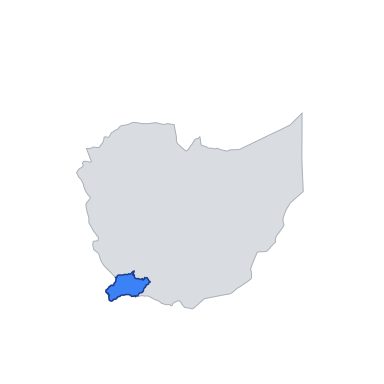 Ethiopia, with Gambela Peoples highlighted, rotated 317°
{"feature_id": "ETH-3130", "entity_name": "Gambela Peoples", "entity_type": "Administrative State", "adm_level": 1, "iso_a3": "ETH", "parent_name": "Ethiopia", "parent_adm1": "", "projection": "orthographic", "projection_center": [34.092, 7.81], "detail": "fine", "context": "in_parent", "style": "filled", "palette": "blue", "viewbox_px": 384, "rotation_deg": 317, "n_neighbors": 0, "source": "natural_earth", "source_scale": "10m", "svg_char_len": 6487}
<svg xmlns="http://www.w3.org/2000/svg" viewBox="0 0 384 384"><g transform="rotate(317 192 192)"><path d="M99.0,259.2L98.7,258.8L97.1,257.6L95.6,255.9L94.7,254.0L93.8,252.5L93.4,249.1L92.3,247.0L91.2,244.5L89.5,239.6L88.8,237.9L87.5,236.8L86.2,235.7L84.7,233.5L81.0,231.6L79.6,230.1L77.1,227.6L76.5,226.3L76.3,225.0L75.6,223.7L74.2,222.4L69.9,219.4L68.7,219.1L67.2,218.8L65.0,218.5L61.9,217.8L59.3,216.6L58.1,215.8L57.8,215.2L58.1,214.3L59.1,212.7L60.9,208.8L62.1,206.2L63.0,205.4L65.3,205.2L67.7,205.3L69.5,205.5L72.1,205.5L75.1,205.3L76.3,204.4L77.3,203.5L77.7,202.8L77.8,201.1L77.8,199.7L77.6,194.4L77.5,191.2L77.4,187.5L77.4,186.7L77.4,185.8L78.1,181.8L78.8,179.6L79.3,178.4L81.2,174.6L81.6,173.4L81.6,172.3L80.9,167.3L82.1,164.9L83.7,162.5L85.1,161.5L86.2,160.8L86.8,161.1L88.1,162.2L89.8,163.3L90.6,163.0L91.8,162.1L92.7,161.1L92.6,159.3L93.3,155.7L93.2,153.6L94.0,151.0L94.9,147.3L95.3,145.0L95.9,143.8L98.4,141.2L100.5,137.6L101.8,134.9L104.4,130.6L105.7,129.0L106.8,128.3L108.4,127.9L111.4,127.5L113.5,127.1L113.8,126.6L114.0,125.7L114.0,123.8L114.4,120.4L115.3,117.2L116.4,114.8L116.9,113.6L117.6,112.6L118.4,110.7L119.4,106.8L119.3,104.2L120.7,99.3L121.0,99.2L123.4,98.3L125.7,98.2L128.0,98.8L129.5,98.9L130.2,98.6L130.8,97.8L131.4,96.5L132.3,95.8L133.6,95.6L135.3,97.1L138.1,101.0L138.8,101.2L139.2,101.1L140.5,97.9L141.5,95.5L143.4,90.9L144.5,88.3L145.6,89.0L146.6,90.4L147.8,91.0L149.1,91.3L149.7,91.4L150.5,91.9L153.3,95.1L154.3,95.9L155.6,95.9L161.0,94.8L164.2,92.9L164.7,92.1L165.6,92.1L166.7,93.0L167.1,93.8L167.8,94.8L169.1,95.0L172.1,94.2L173.6,93.7L174.9,94.1L176.6,94.3L177.6,94.3L180.1,95.4L183.0,95.0L184.4,95.0L185.8,95.4L188.2,97.1L191.3,99.1L195.6,100.5L196.5,101.1L198.7,103.4L202.0,107.8L206.4,112.0L211.1,115.3L213.7,117.6L215.4,120.5L217.1,123.1L218.8,124.2L220.4,125.0L222.1,127.0L223.3,128.6L224.9,130.5L223.2,133.1L221.0,136.6L218.4,140.7L217.6,141.7L215.3,144.2L214.9,144.9L214.5,146.7L214.6,149.9L215.0,154.0L215.4,157.8L216.7,158.2L218.2,158.4L219.9,157.9L221.9,157.4L224.4,157.1L227.2,156.3L228.8,155.7L230.5,155.7L232.1,156.3L232.8,156.9L233.9,157.1L235.3,157.0L235.0,157.7L234.3,158.8L233.4,159.9L232.6,161.0L230.8,164.0L230.8,164.4L231.0,165.0L232.1,166.3L233.2,168.6L233.8,170.6L234.3,171.6L235.6,172.7L237.5,175.0L238.5,176.5L240.5,177.3L241.2,179.3L242.8,182.2L244.5,184.5L246.1,186.4L247.8,187.0L248.6,187.1L252.3,190.4L255.2,192.9L255.9,193.3L261.0,194.9L266.8,196.7L271.5,198.1L277.4,200.0L283.3,201.8L288.8,203.5L296.5,206.0L302.8,207.9L307.7,209.4L308.7,209.9L326.3,209.4L322.1,213.8L317.4,218.9L312.4,224.2L309.1,227.7L304.0,233.1L299.7,237.6L295.2,242.5L291.2,247.0L286.0,253.1L282.6,257.1L277.2,263.4L273.9,267.3L273.3,267.5L268.4,267.3L263.6,267.2L257.5,267.0L256.8,267.0L255.0,267.4L254.0,267.8L249.6,268.9L248.8,269.2L245.1,270.9L241.4,272.9L239.4,274.4L237.9,276.6L237.3,278.2L236.6,278.9L235.5,279.5L227.6,281.1L225.3,281.3L221.7,282.6L219.7,284.5L219.2,285.5L216.5,285.5L211.9,285.9L209.9,286.3L209.0,286.3L207.2,286.4L205.7,286.0L204.8,285.5L203.5,284.3L200.8,282.0L198.9,280.5L194.6,282.3L190.8,284.1L185.3,286.6L182.2,288.4L181.3,290.2L178.9,293.4L176.8,295.5L176.0,295.7L171.1,295.4L169.3,295.0L166.4,294.6L162.5,294.0L159.9,293.3L157.0,293.2L152.9,293.0L150.4,292.5L147.8,290.7L144.5,288.6L141.0,286.4L137.5,284.2L133.4,281.6L128.8,278.8L127.8,278.5L127.3,278.4L122.4,278.3L117.3,278.2L113.8,278.1L112.8,277.8L112.0,277.2L110.9,275.1L109.5,273.6L108.0,271.6L107.9,269.0L108.3,266.2L108.7,265.3L108.5,264.3L108.5,263.0L107.7,261.9L102.6,260.5L101.8,260.6L101.0,261.1L100.0,261.5L99.4,261.2L98.9,260.6L98.9,259.8L99.0,259.2Z" fill="#d9dde1" stroke="#a8b0b8" stroke-width="1"/><path d="M71.3,206.7L71.5,206.7L72.3,206.0L72.5,205.9L72.8,205.8L73.1,205.7L73.7,205.6L74.7,205.6L75.1,205.5L75.4,205.3L77.2,203.7L77.6,203.3L77.8,202.8L77.9,202.4L78.3,202.7L78.7,203.0L78.9,203.2L79.1,203.1L79.9,202.5L80.4,202.3L80.8,202.4L81.4,202.6L82.3,203.2L83.9,204.8L84.8,205.5L86.6,206.4L87.1,206.8L87.8,207.8L88.1,208.1L88.7,208.4L89.8,208.6L90.1,208.9L90.4,209.4L90.8,209.9L91.2,210.1L91.8,210.1L93.1,209.9L94.1,209.9L95.1,210.0L95.7,210.4L95.5,210.6L95.1,210.9L94.2,211.2L93.1,211.8L92.3,212.1L92.1,212.4L92.3,212.6L93.1,212.8L93.2,213.0L93.1,213.3L92.0,214.9L91.7,215.7L91.7,216.5L92.1,217.3L92.7,217.9L93.3,218.4L93.9,218.9L94.1,219.3L94.2,220.2L94.4,220.6L94.7,220.8L96.5,221.4L96.7,221.7L96.6,222.0L96.3,222.2L96.0,222.5L95.9,222.8L96.3,223.0L96.8,223.0L97.1,223.0L97.5,223.2L97.9,223.0L98.3,222.8L98.6,222.5L98.9,222.2L98.8,221.8L99.0,222.1L98.8,222.7L99.0,222.9L100.2,223.6L100.6,223.9L100.7,224.2L100.6,224.6L100.3,225.9L100.3,226.1L100.3,226.4L100.2,226.6L100.0,227.1L100.0,227.4L100.0,227.6L99.9,227.9L99.9,228.1L100.0,228.3L100.1,228.7L100.2,228.8L100.1,229.2L99.6,229.3L98.6,229.1L98.1,229.2L97.4,229.5L96.9,229.6L96.5,229.4L96.0,229.2L95.6,229.0L95.3,228.7L95.0,229.0L94.6,229.2L94.2,229.3L93.8,229.2L93.6,229.6L93.1,229.8L92.0,229.7L91.4,229.7L90.8,229.9L90.3,230.1L89.8,230.5L89.3,230.9L89.0,231.2L88.5,231.3L88.0,231.4L87.4,231.5L86.8,231.4L86.3,231.1L85.8,230.7L85.3,230.4L84.6,230.2L83.9,230.2L83.2,230.4L82.3,230.7L81.9,230.8L81.4,230.8L81.0,230.5L80.4,230.0L79.9,229.7L79.5,229.9L79.5,229.3L79.4,229.0L79.2,228.6L78.7,228.6L78.4,228.7L78.0,228.4L77.5,227.8L76.7,227.2L76.5,225.3L76.4,224.7L76.1,224.2L73.8,221.9L73.3,221.6L73.1,221.5L72.7,221.5L72.5,221.4L71.6,220.8L71.1,220.0L70.8,219.7L70.6,219.6L70.1,219.4L69.6,219.1L69.4,219.1L68.2,219.2L67.8,219.1L67.6,218.9L67.4,218.6L67.2,218.4L66.7,218.2L66.2,218.0L65.8,218.0L65.0,218.2L64.8,218.2L64.4,218.5L64.1,218.5L63.1,218.3L62.8,218.0L62.5,217.7L62.2,217.4L61.5,217.3L61.0,217.1L60.8,217.0L60.3,217.2L60.2,217.2L60.0,217.4L59.8,217.3L59.4,217.1L58.9,217.1L58.7,216.9L58.6,216.6L58.3,216.4L58.1,216.1L57.7,214.9L57.8,214.7L58.0,214.4L58.1,214.2L58.3,214.0L58.3,213.6L58.7,213.2L59.7,212.1L59.8,211.9L59.9,211.7L60.0,211.5L60.5,211.4L60.9,211.3L61.1,211.1L61.2,210.8L61.3,210.5L61.2,210.4L61.0,210.2L60.9,210.1L60.9,209.8L61.0,209.7L61.2,209.3L61.3,209.2L61.5,209.1L61.6,208.8L61.4,208.7L61.2,208.6L61.1,208.4L61.0,208.2L60.9,208.1L60.8,207.8L60.8,207.7L61.0,207.4L61.0,207.1L60.8,207.0L60.8,206.9L60.9,206.7L60.9,206.3L61.0,206.1L61.3,205.9L61.6,205.8L61.7,205.7L62.1,205.1L62.5,205.0L64.4,205.5L64.6,205.4L64.8,205.2L65.0,205.2L65.4,205.2L66.6,205.1L66.8,204.9L66.7,204.8L67.0,204.7L67.3,204.9L67.6,205.1L67.9,205.3L68.2,205.2L68.5,205.1L68.7,204.9L69.1,205.0L69.7,205.5L70.0,206.1L70.5,206.6L71.3,206.7Z" fill="#3b82f6" stroke="#1e3a8a" stroke-width="1.5"/></g></svg>